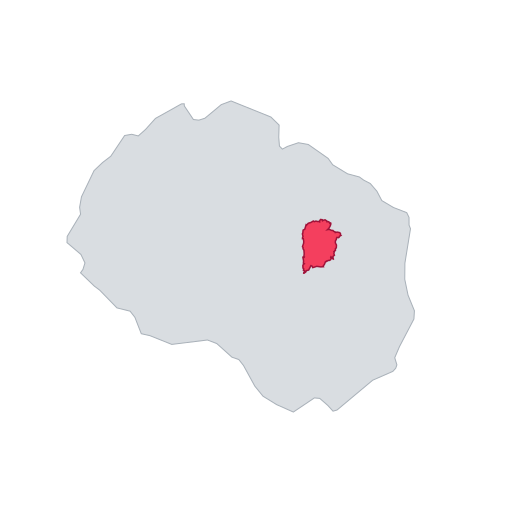 Sveti Nikole, Sveti Nikole, North Macedonia shown in context, rotated 47°
{"feature_id": "65306769B91405117981087", "entity_name": "Sveti Nikole", "entity_type": "district", "adm_level": 2, "iso_a3": "MKD", "parent_name": "North Macedonia", "parent_adm1": "Sveti Nikole", "projection": "albers", "projection_center": [21.98, 41.877], "detail": "fine", "context": "in_parent", "style": "filled", "palette": "rose", "viewbox_px": 512, "rotation_deg": 47, "n_neighbors": 0, "source": "geoboundaries", "source_scale": "gbopen_adm2", "svg_char_len": 2596}
<svg xmlns="http://www.w3.org/2000/svg" viewBox="0 0 512 512"><g transform="rotate(47 256 256)"><path d="M234.0,136.7L241.6,137.7L258.3,133.0L268.7,126.5L273.9,125.5L281.0,123.0L291.1,123.4L301.3,126.2L314.3,122.4L327.1,116.2L332.2,117.8L337.8,123.0L341.4,124.4L362.8,152.0L374.5,163.1L388.3,171.5L404.1,177.5L409.8,183.5L420.1,212.8L425.0,223.9L431.7,227.2L433.4,230.4L433.7,234.6L426.4,255.4L423.9,301.8L422.0,305.5L414.1,305.4L403.6,306.5L399.6,310.1L395.6,335.1L378.7,342.3L363.3,346.5L350.3,345.6L327.5,339.8L320.0,339.2L313.6,342.6L293.3,344.4L284.3,348.8L263.2,377.9L241.9,387.9L234.6,392.9L218.3,386.4L210.5,385.7L199.1,393.1L174.4,393.6L167.7,394.8L148.6,395.8L147.8,391.7L144.4,385.8L135.5,383.0L117.3,385.1L112.9,380.7L105.8,355.8L100.1,351.8L93.7,343.3L83.1,316.2L83.0,304.4L84.0,294.2L78.3,269.9L82.2,263.9L87.9,260.2L88.1,250.4L86.8,235.7L93.9,206.8L95.7,204.7L97.4,206.1L113.5,208.7L117.7,205.1L120.4,199.4L121.6,178.2L125.6,168.5L164.6,150.3L176.0,149.8L184.7,158.4L191.6,163.9L195.8,163.8L197.3,158.3L202.1,147.7L210.1,141.7L233.7,136.7L234.0,136.7Z" fill="#d9dde1" stroke="#a8b0b8" stroke-width="1"/><path d="M275.0,210.2L275.6,209.6L277.7,211.0L279.1,212.4L280.9,215.7L281.9,215.8L282.8,216.7L284.5,217.0L287.4,219.4L289.1,221.4L289.7,221.3L289.8,221.8L288.9,222.2L288.8,222.5L292.1,224.6L293.5,226.2L294.6,226.0L294.4,227.0L294.9,228.2L296.9,229.9L297.8,229.8L298.9,231.1L299.6,230.6L300.4,230.8L300.8,231.5L300.6,232.2L301.1,232.8L301.4,232.5L301.6,230.3L301.0,229.2L302.2,227.1L300.5,222.4L301.6,221.9L303.2,222.4L305.0,218.6L308.1,216.1L309.8,214.0L309.2,213.8L308.8,211.7L307.6,209.2L307.8,208.0L308.1,208.1L308.5,206.2L309.3,205.4L309.6,204.1L309.1,202.6L308.0,202.4L307.7,201.7L311.6,201.7L310.1,201.1L308.8,200.0L308.9,198.1L307.4,197.5L306.7,196.4L305.9,196.0L306.2,195.3L305.8,194.8L306.0,194.0L304.8,193.0L304.8,191.7L302.9,189.7L300.5,189.0L299.1,187.6L298.7,186.0L297.8,184.9L297.6,184.1L298.7,183.4L299.0,182.6L298.5,181.6L298.9,179.9L298.4,180.0L297.5,179.1L296.1,178.8L295.3,179.3L293.8,180.4L292.9,182.0L292.2,181.7L290.9,182.4L289.8,182.3L288.8,183.3L286.4,184.3L285.5,185.7L285.5,184.0L284.8,181.7L284.0,180.0L283.7,179.6L283.4,179.7L283.0,178.9L282.5,179.0L282.2,179.7L280.8,179.4L279.5,180.1L279.4,180.7L278.4,180.4L276.7,180.8L275.9,182.1L275.6,183.3L274.6,182.8L273.3,183.9L273.7,185.5L274.4,186.2L273.5,186.5L273.1,187.2L271.3,188.4L270.6,190.0L269.5,190.2L268.9,193.0L267.7,195.4L267.9,197.9L267.3,198.0L269.7,202.1L269.2,203.9L271.3,206.3L271.4,207.0L273.8,208.3L274.1,209.2L275.0,210.2Z" fill="#f43f5e" stroke="#9f1239" stroke-width="1.5"/></g></svg>